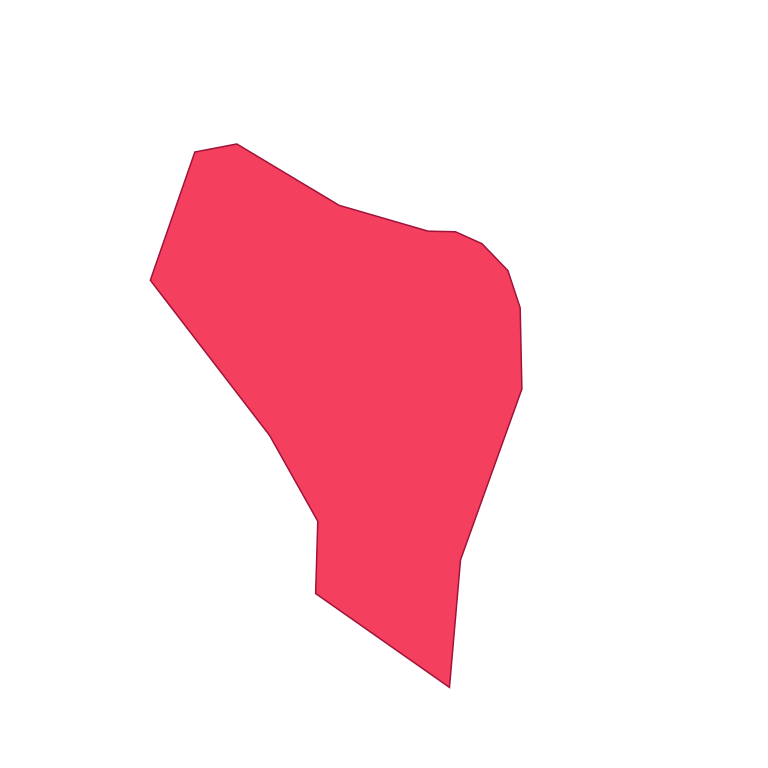 SVG path tracing the border of Destrnik, rotated 240°
{"feature_id": "SVN-203", "entity_name": "Destrnik", "entity_type": "Municipality", "adm_level": 1, "iso_a3": "SVN", "parent_name": "Slovenia", "parent_adm1": "", "projection": "natural_earth1", "projection_center": [15.888, 46.479], "detail": "fine", "context": "isolated", "style": "filled", "palette": "rose", "viewbox_px": 768, "rotation_deg": 240, "n_neighbors": 0, "source": "natural_earth", "source_scale": "10m", "svg_char_len": 361}
<svg xmlns="http://www.w3.org/2000/svg" viewBox="0 0 768 768"><g transform="rotate(240 384 384)"><path d="M88.5,289.0L236.7,220.0L298.2,258.0L396.6,259.2L590.7,233.5L679.5,336.2L665.5,376.5L561.1,434.5L494.3,498.6L480.2,521.9L456.5,539.0L420.3,548.0L381.8,540.0L310.7,500.9L193.5,362.4L88.5,289.0Z" fill="#f43f5e" stroke="#9f1239" stroke-width="1.5"/></g></svg>